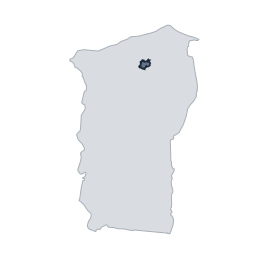 Adansi South, Ashanti, Ghana shown in context, rotated 186°
{"feature_id": "2480657B97463209696641", "entity_name": "Adansi South", "entity_type": "district", "adm_level": 2, "iso_a3": "GHA", "parent_name": "Ghana", "parent_adm1": "Ashanti", "projection": "robinson", "projection_center": [-1.341, 6.005], "detail": "fine", "context": "in_parent", "style": "filled", "palette": "slate", "viewbox_px": 256, "rotation_deg": 186, "n_neighbors": 0, "source": "geoboundaries", "source_scale": "gbopen_adm2", "svg_char_len": 5155}
<svg xmlns="http://www.w3.org/2000/svg" viewBox="0 0 256 256"><g transform="rotate(186 128 128)"><path d="M156.0,23.3L157.8,25.3L158.3,26.4L157.6,30.7L156.2,33.7L155.4,36.6L155.5,38.0L156.3,39.4L159.2,41.6L160.6,43.0L162.3,45.2L164.3,47.4L167.7,50.1L169.1,50.6L169.1,51.4L168.6,52.5L168.3,62.8L168.1,65.5L167.8,66.9L167.5,70.7L167.1,71.3L166.5,71.2L165.9,71.4L165.8,72.2L166.0,72.9L168.0,73.5L167.6,74.1L166.1,74.6L165.4,75.8L165.7,77.1L164.9,78.2L165.1,78.9L165.6,79.4L166.5,79.2L168.9,77.4L169.9,77.3L171.1,77.6L173.4,80.3L173.5,81.7L172.6,86.2L171.7,89.8L171.5,94.4L172.5,97.1L172.3,98.5L171.3,99.8L169.0,101.6L169.1,102.8L170.2,105.1L172.2,107.7L176.1,110.9L178.1,115.0L178.2,116.7L177.0,118.4L175.6,119.9L175.1,122.0L175.8,135.9L172.7,141.9L172.7,143.6L173.0,145.6L173.8,146.8L175.4,147.1L176.7,148.3L176.2,152.5L175.6,156.9L175.4,158.9L175.1,159.9L173.9,160.7L173.4,162.1L173.7,163.8L173.5,165.0L174.2,166.6L175.6,168.6L177.8,173.6L178.7,174.0L179.1,175.0L178.8,176.1L179.7,178.3L182.2,180.5L184.8,182.4L187.0,182.7L187.5,184.4L188.9,186.6L189.9,187.5L191.5,188.2L192.8,188.5L192.9,190.3L190.5,191.6L188.9,193.5L187.7,196.4L186.0,199.6L180.1,201.3L177.8,201.3L165.7,201.4L154.4,207.7L147.9,209.9L143.9,213.4L138.5,216.0L134.8,219.0L126.9,220.5L114.1,225.3L110.1,227.2L106.0,230.5L99.5,234.4L96.9,234.4L91.7,230.7L87.8,228.9L78.3,226.1L71.2,225.0L67.8,223.8L66.8,223.6L67.6,222.3L69.6,222.2L71.7,222.6L73.3,221.6L75.6,221.5L76.2,220.4L76.4,217.8L76.4,215.6L77.2,214.7L77.4,212.2L76.3,206.6L75.4,206.0L71.3,205.2L71.0,204.1L70.3,202.9L69.5,200.0L68.6,195.8L67.1,190.5L64.4,181.7L63.7,178.6L63.2,175.5L63.1,171.7L63.7,170.3L63.6,168.4L63.3,166.5L65.3,162.0L69.1,156.6L70.0,154.6L70.7,153.3L70.8,151.3L71.5,145.0L73.3,137.3L74.5,134.4L75.2,132.8L76.2,130.3L76.4,129.1L80.0,126.1L81.6,125.3L82.0,124.1L81.4,122.8L81.6,121.9L82.5,121.5L83.8,121.1L84.7,119.9L83.3,110.4L82.1,101.0L82.0,100.2L81.3,98.9L80.6,95.0L79.4,92.8L77.7,92.1L77.7,89.9L79.4,86.3L79.8,84.2L79.0,83.6L78.9,81.9L79.5,79.2L79.2,77.6L78.9,75.8L77.2,71.7L76.7,68.8L77.6,67.1L77.6,63.4L76.7,57.6L76.5,53.9L77.2,52.4L76.9,51.0L75.6,49.6L75.5,48.3L76.6,47.0L76.5,46.0L75.1,45.2L73.9,43.5L72.9,40.7L73.1,36.2L75.1,27.9L75.4,27.2L77.6,27.2L77.6,27.6L84.7,27.5L92.8,27.4L102.5,27.3L111.3,27.2L111.7,26.8L113.1,26.4L122.0,27.2L127.5,26.8L129.9,27.1L131.6,27.6L135.5,27.3L137.5,27.5L139.0,29.5L139.7,29.5L140.5,28.6L142.1,27.7L143.6,26.9L144.7,25.2L145.4,24.0L146.4,24.3L147.9,24.2L148.9,23.2L149.2,21.6L156.0,23.3Z" fill="#d9dde1" stroke="#a8b0b8" stroke-width="1"/><path d="M112.8,195.3L113.0,195.3L113.3,195.3L113.4,195.5L113.3,195.8L113.4,195.7L113.5,195.7L113.6,195.9L113.7,196.2L113.8,196.2L113.9,196.3L114.0,196.3L114.2,196.5L114.0,196.8L114.2,197.0L113.9,197.0L113.9,196.9L113.7,197.0L113.6,197.3L113.5,197.5L113.8,197.4L114.0,197.4L114.2,197.5L114.3,197.7L114.4,197.8L114.5,197.9L114.5,197.7L114.7,197.8L114.8,197.9L114.8,198.0L115.0,198.0L115.0,197.9L115.3,197.9L115.3,197.6L115.3,197.4L115.4,197.2L115.2,196.8L115.2,196.7L115.2,196.4L115.3,196.5L115.3,196.8L115.5,196.8L115.6,196.5L115.6,196.4L115.9,196.6L116.0,196.6L116.2,196.4L116.3,196.3L116.4,196.5L116.5,196.5L116.5,196.3L116.6,196.2L116.5,195.9L116.8,195.9L117.0,195.9L117.1,196.0L117.3,196.0L117.5,196.0L117.8,196.0L117.8,195.9L117.8,195.7L117.7,195.6L117.8,195.5L118.0,195.5L118.4,195.5L118.5,195.5L118.7,195.8L118.7,196.0L118.7,195.9L118.8,195.9L118.9,195.7L119.0,195.7L119.0,195.8L118.8,196.1L118.7,196.2L118.8,196.3L118.9,196.2L119.0,196.1L119.4,196.2L119.5,196.1L119.5,195.8L119.8,195.7L119.8,195.8L119.7,196.1L119.7,196.3L119.7,196.5L119.9,196.6L119.9,196.8L119.8,197.0L120.0,197.0L120.3,197.0L120.4,196.9L120.5,196.7L120.8,196.5L120.9,196.8L121.0,196.9L121.2,196.7L121.3,196.5L121.2,196.5L121.1,196.4L121.2,196.1L121.3,196.1L121.3,196.3L121.4,196.2L121.5,196.1L121.6,195.9L121.7,195.6L121.8,195.6L122.0,195.5L122.2,195.4L122.3,195.3L122.4,195.2L122.2,195.1L122.3,195.0L122.4,194.8L122.3,194.7L122.2,194.7L122.4,194.6L122.4,194.4L122.3,194.1L122.2,194.0L122.2,193.9L122.0,194.0L121.9,194.0L121.8,193.9L121.7,193.7L121.6,193.8L121.6,193.7L121.8,193.4L121.7,193.2L121.8,193.1L121.7,193.0L121.8,192.9L122.0,192.9L122.1,192.7L122.1,192.4L122.0,192.2L122.2,191.9L122.3,191.9L122.5,191.6L122.7,191.4L122.7,191.2L122.8,190.9L122.7,190.9L122.8,190.8L122.8,190.7L123.0,190.6L123.0,190.4L122.9,190.4L122.9,190.2L123.0,190.3L123.0,190.2L123.3,190.2L123.2,189.9L123.3,189.8L123.2,189.7L122.9,189.6L122.8,189.4L122.7,189.3L122.4,189.3L122.2,189.2L122.0,189.4L121.8,189.3L121.6,189.4L121.5,189.5L121.4,189.8L121.2,189.9L121.2,189.7L120.9,189.4L120.7,189.4L120.6,189.2L120.4,188.9L120.4,188.7L120.2,188.5L118.1,188.2L118.2,188.3L118.3,188.3L118.3,188.5L118.5,188.9L118.4,188.9L118.4,189.0L118.2,189.0L117.8,189.2L117.7,189.2L117.6,189.3L117.5,189.2L117.3,189.2L117.2,189.3L117.0,189.6L116.8,189.8L116.8,190.0L116.5,190.2L116.6,190.3L116.6,190.5L116.7,190.8L116.6,191.0L116.6,191.3L116.8,191.4L116.8,191.5L117.0,191.6L116.9,191.6L116.2,191.8L116.1,191.4L114.6,191.0L113.2,192.1L112.7,192.6L112.9,193.0L112.9,193.8L112.6,194.9L112.7,195.0L112.8,195.0L112.9,195.3L112.8,195.3Z" fill="#64748b" stroke="#1e293b" stroke-width="1.5"/></g></svg>